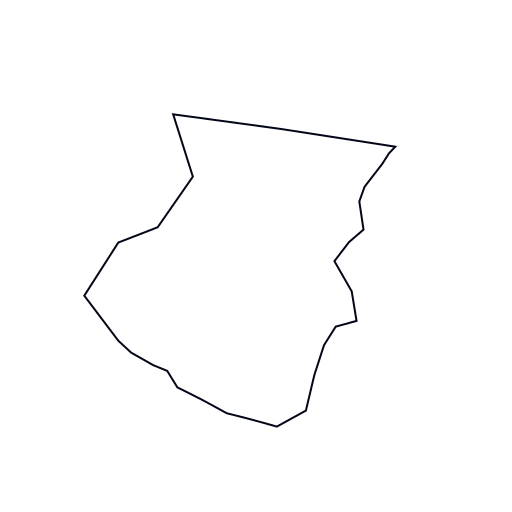 Skouriotissa, Nicosia, Cyprus (Albers equal-area conic projection), rotated 335°
{"feature_id": "46923920B57075866943950", "entity_name": "Skouriotissa", "entity_type": "district", "adm_level": 2, "iso_a3": "CYP", "parent_name": "Cyprus", "parent_adm1": "Nicosia", "projection": "albers", "projection_center": [32.884, 35.094], "detail": "fine", "context": "isolated", "style": "outline", "palette": "ink", "viewbox_px": 512, "rotation_deg": 335, "n_neighbors": 0, "source": "geoboundaries", "source_scale": "gbopen_adm2", "svg_char_len": 546}
<svg xmlns="http://www.w3.org/2000/svg" viewBox="0 0 512 512"><g transform="rotate(335 256 256)"><path d="M83.6,219.4L95.4,274.6L102.0,290.8L116.7,311.5L127.0,322.6L129.2,341.8L146.2,363.3L163.1,386.2L178.2,398.5L182.9,402.4L202.8,419.4L235.9,417.2L254.4,393.8L258.7,388.4L280.0,365.5L298.4,353.7L319.7,357.3L327.8,328.5L324.9,293.8L346.2,282.7L364.6,277.5L372.7,250.2L383.7,239.1L409.5,225.8L419.8,219.2L428.4,215.8L332.1,151.3L240.8,92.6L232.3,157.4L179.0,188.4L136.9,185.6L83.6,219.4Z" fill="none" stroke="#020617" stroke-width="2"/></g></svg>